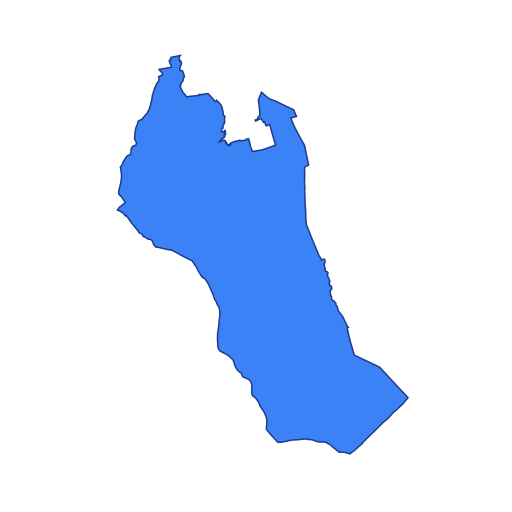 Mitocu Dragomirnei, Suceava, Romania, rotated 172°
{"feature_id": "2599482B44834834601396", "entity_name": "Mitocu Dragomirnei", "entity_type": "district", "adm_level": 2, "iso_a3": "ROU", "parent_name": "Romania", "parent_adm1": "Suceava", "projection": "albers", "projection_center": [26.23, 47.747], "detail": "fine", "context": "isolated", "style": "filled", "palette": "blue", "viewbox_px": 512, "rotation_deg": 172, "n_neighbors": 0, "source": "geoboundaries", "source_scale": "gbopen_adm2", "svg_char_len": 6111}
<svg xmlns="http://www.w3.org/2000/svg" viewBox="0 0 512 512"><g transform="rotate(172 256 256)"><path d="M378.5,351.4L379.9,346.9L382.9,339.4L383.2,338.0L383.1,336.5L383.1,336.1L381.0,333.4L380.2,331.8L378.7,328.8L378.2,326.9L382.4,324.4L384.1,323.6L385.9,321.9L386.8,320.6L384.9,319.7L381.9,317.3L379.6,313.8L378.8,314.2L374.7,306.1L369.5,297.6L368.4,295.1L366.8,294.3L365.9,293.4L365.0,291.1L362.2,289.4L361.4,288.4L360.8,287.9L359.8,287.5L358.5,287.4L356.9,285.8L356.1,284.2L356.0,282.4L354.9,279.9L353.9,278.8L351.7,278.2L341.0,274.1L339.1,273.7L337.6,272.8L328.3,265.9L320.0,260.2L316.6,253.3L315.8,250.7L312.9,243.7L311.8,242.0L309.8,240.5L308.4,238.2L307.6,235.9L306.8,234.3L305.8,230.1L304.0,224.6L303.1,219.4L302.7,218.3L301.7,216.2L301.5,214.8L301.0,213.1L300.0,210.7L299.5,208.6L300.2,200.8L301.3,198.2L301.6,197.0L302.0,194.4L303.9,187.5L304.6,185.5L305.7,179.4L306.4,171.2L305.8,168.4L304.8,166.9L302.1,164.8L298.8,162.7L296.5,160.4L294.5,157.9L293.7,156.9L292.9,155.3L292.0,149.8L291.1,147.3L289.6,144.7L286.8,141.7L285.9,138.3L285.4,137.7L283.0,136.5L279.6,134.1L278.6,132.0L278.3,130.9L278.2,129.7L278.2,127.4L279.0,123.2L279.1,121.7L279.4,120.2L279.2,119.2L278.3,117.6L277.3,116.5L276.3,115.8L274.0,111.3L273.4,109.5L272.9,107.1L271.1,103.1L270.4,102.0L269.6,100.1L269.2,98.5L268.6,96.8L268.1,92.9L268.2,90.5L268.6,89.0L268.7,87.7L269.2,86.2L269.9,83.0L267.2,78.5L260.4,68.5L259.9,68.7L258.1,68.1L253.1,68.2L247.4,68.7L244.8,68.7L241.6,68.3L234.5,68.1L232.0,67.8L228.9,66.8L226.4,66.4L220.2,63.2L215.0,62.4L211.9,61.6L211.4,60.5L209.7,59.5L207.9,58.0L206.9,56.4L200.8,50.0L196.7,49.6L193.1,48.3L190.5,46.9L188.5,48.3L186.3,49.3L179.9,53.6L177.2,55.2L175.9,56.6L173.4,58.6L161.9,67.0L157.9,70.1L152.9,73.7L147.5,77.1L142.8,81.1L140.8,82.6L139.3,83.4L131.0,89.2L127.7,92.4L125.8,93.8L125.2,94.6L133.0,105.6L149.1,128.7L172.5,144.2L174.7,159.7L175.6,169.0L175.6,172.3L175.3,172.6L174.6,172.6L175.7,174.4L176.0,176.2L176.3,176.5L176.4,177.3L176.6,178.0L176.9,178.8L177.3,179.2L177.6,181.0L178.1,182.6L178.8,184.4L180.2,186.9L182.3,190.5L182.2,192.5L182.4,193.1L182.6,194.4L183.0,195.5L183.7,196.5L183.5,198.2L184.4,199.4L185.1,200.7L186.3,201.2L186.3,201.6L187.2,203.1L187.0,204.2L186.9,205.4L187.7,206.5L187.5,206.8L187.4,207.9L187.6,208.7L187.6,210.2L187.5,210.6L186.9,211.3L187.0,212.2L185.5,213.0L185.4,213.4L185.7,215.8L186.9,216.3L187.1,217.6L187.0,218.3L187.5,218.9L187.4,219.3L186.7,219.9L186.4,221.4L187.0,222.8L187.2,224.5L188.0,225.8L188.1,226.0L187.7,226.9L187.7,227.9L187.2,228.6L187.1,229.4L187.5,230.1L188.3,231.0L189.2,231.0L189.5,232.0L189.2,233.6L189.5,234.8L189.5,235.9L190.0,237.7L189.9,238.1L189.1,238.7L189.0,239.6L188.4,241.2L188.3,242.6L188.5,242.9L189.2,243.5L189.9,243.4L191.6,242.9L192.5,245.4L193.5,247.4L198.8,267.7L199.9,272.8L200.7,275.5L201.7,280.2L201.6,284.0L200.5,294.6L200.0,302.3L199.5,306.1L198.7,314.1L198.0,317.6L197.9,321.3L196.5,329.3L195.7,335.9L195.5,337.2L191.2,338.8L192.6,359.1L195.1,365.1L199.9,378.5L201.8,385.6L202.1,387.4L202.1,388.1L200.2,388.1L198.5,388.4L198.1,388.3L196.5,388.6L198.3,395.5L215.8,407.1L219.8,409.2L220.9,409.9L222.3,411.2L223.9,412.8L226.8,416.4L227.7,417.4L230.3,413.2L232.0,410.0L232.0,401.7L232.7,394.4L233.8,394.2L235.1,392.4L235.6,391.3L237.9,390.7L237.6,389.7L231.7,391.5L230.1,387.4L228.9,387.7L228.2,384.3L227.6,383.3L224.1,384.4L223.2,376.9L221.2,363.0L235.3,360.2L245.1,360.0L245.5,362.8L246.2,364.4L246.2,366.9L246.7,371.1L247.2,373.2L249.4,373.1L249.5,372.3L253.0,372.0L253.2,372.3L255.7,372.1L255.8,372.9L262.1,372.2L266.0,371.1L266.1,370.9L265.5,369.8L265.6,369.5L266.9,369.0L267.3,369.1L267.4,369.3L267.2,370.0L267.6,370.0L268.0,369.5L268.3,369.5L268.8,370.0L268.8,370.6L269.0,371.1L269.9,371.3L270.0,371.5L269.4,372.0L269.4,372.3L269.7,372.8L270.4,373.0L270.2,374.2L270.7,374.4L271.2,375.0L271.7,374.9L272.3,375.3L276.7,373.9L276.8,374.0L276.7,374.3L273.6,376.2L273.4,377.1L273.2,377.4L272.5,377.2L271.1,377.7L271.0,377.9L271.0,378.4L270.5,378.5L270.3,378.7L270.9,379.6L270.9,380.0L269.5,380.2L269.3,380.5L269.4,380.9L269.2,381.0L269.0,381.7L269.4,382.1L269.8,382.3L269.2,382.5L269.3,383.5L269.5,384.0L269.3,384.3L269.0,384.3L269.1,384.6L269.8,384.6L270.6,383.6L270.9,383.4L272.6,383.7L273.0,384.1L272.9,385.0L271.5,386.9L270.6,387.6L270.7,388.1L271.1,388.9L271.1,389.4L269.7,390.5L269.5,391.2L268.6,392.2L268.6,392.8L268.2,393.9L268.3,394.6L268.1,396.6L267.5,397.8L267.3,398.3L267.5,398.9L269.0,400.5L269.0,400.8L268.7,401.5L268.6,402.1L268.5,403.7L268.8,404.6L268.8,407.4L269.5,410.0L269.9,410.8L271.3,413.1L272.9,414.9L273.3,415.7L273.7,415.4L274.3,414.4L274.7,414.5L280.6,423.2L280.9,423.4L281.5,423.6L288.3,423.5L289.8,424.0L290.0,423.0L302.8,423.4L303.9,425.9L304.4,426.6L305.3,427.4L306.3,430.7L307.0,432.1L307.0,432.8L307.7,434.3L306.7,435.3L306.8,435.9L307.0,436.1L306.9,436.5L306.2,437.1L305.6,438.2L304.7,438.8L303.9,439.6L303.6,441.1L303.1,442.3L302.0,443.3L302.2,446.5L303.0,449.5L303.5,450.0L305.3,450.1L305.5,450.6L305.4,452.5L304.9,453.1L304.6,454.5L304.0,455.1L303.5,455.8L303.2,457.2L302.8,458.1L302.8,458.3L303.6,459.2L303.7,460.2L304.1,460.4L304.5,460.1L304.8,461.0L304.6,462.8L304.2,463.6L303.7,464.5L303.1,465.1L312.5,464.5L312.5,463.2L313.4,463.0L313.3,461.9L314.6,461.7L314.8,461.0L314.4,459.0L313.4,455.9L313.3,454.7L326.0,454.3L325.0,452.2L323.9,451.1L323.5,450.5L323.3,449.1L323.5,448.3L327.4,447.2L327.6,446.3L327.3,445.0L327.4,444.1L327.7,443.5L328.2,442.5L329.7,441.2L330.6,440.2L331.4,438.7L332.8,436.7L332.8,436.1L333.3,435.6L336.2,429.6L336.7,427.9L337.7,424.4L338.5,422.8L339.3,420.5L341.6,415.8L342.3,414.7L343.3,413.6L343.9,412.5L344.8,411.7L346.0,411.0L347.1,409.7L348.3,409.0L349.1,407.9L349.7,407.4L350.4,407.0L352.0,406.7L354.0,405.8L355.6,401.9L356.4,400.9L357.4,398.9L358.8,394.6L359.1,392.4L360.0,389.1L359.6,388.1L359.4,386.8L358.6,385.5L358.7,384.6L359.1,383.8L359.1,383.0L359.8,382.3L361.8,382.2L363.5,381.3L364.3,380.2L365.0,378.6L365.2,376.5L365.8,374.9L366.2,374.3L366.5,373.9L368.7,373.4L370.5,372.4L373.1,369.2L374.2,368.1L376.0,364.8L378.0,362.9L377.8,360.6L377.9,357.2L377.8,355.5L378.5,351.4Z" fill="#3b82f6" stroke="#1e3a8a" stroke-width="1.5"/></g></svg>